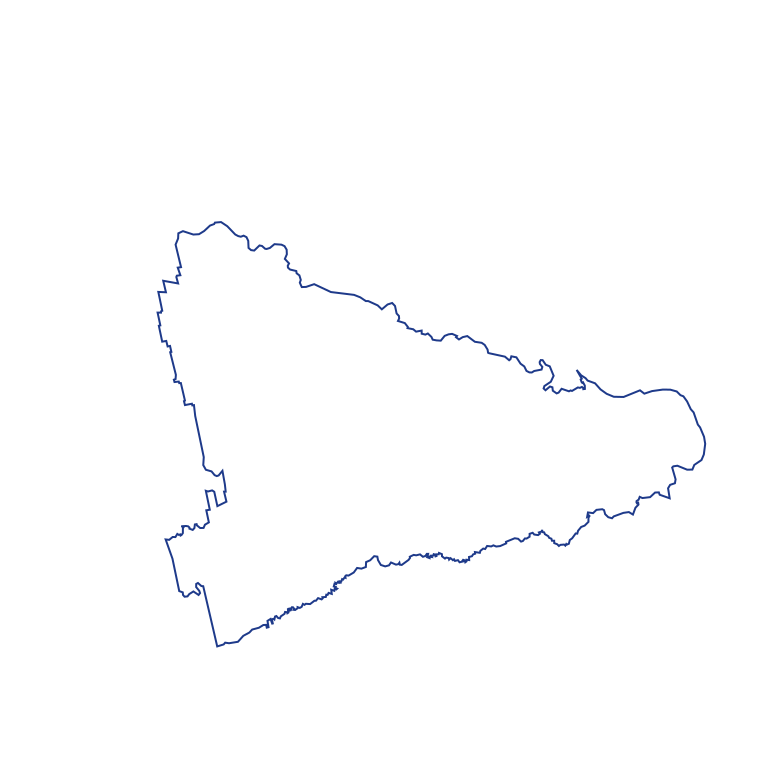 the district of Simoca, Tucumán, Argentina, rotated 336°
{"feature_id": "61730980B79833488690103", "entity_name": "Simoca", "entity_type": "district", "adm_level": 2, "iso_a3": "ARG", "parent_name": "Argentina", "parent_adm1": "Tucumán", "projection": "robinson", "projection_center": [-65.304, -27.381], "detail": "fine", "context": "isolated", "style": "outline", "palette": "blue", "viewbox_px": 768, "rotation_deg": 336, "n_neighbors": 0, "source": "geoboundaries", "source_scale": "gbopen_adm2", "svg_char_len": 6166}
<svg xmlns="http://www.w3.org/2000/svg" viewBox="0 0 768 768"><g transform="rotate(336 384 384)"><path d="M598.5,604.6L601.1,594.8L604.4,592.5L609.4,593.0L611.6,589.7L613.3,577.5L614.8,576.9L618.8,578.0L626.1,585.6L630.9,587.6L634.6,584.1L643.1,582.6L647.5,578.5L653.1,569.3L654.9,562.4L655.1,552.2L654.2,548.7L655.3,535.9L654.0,531.8L653.8,523.2L652.5,517.0L650.3,514.8L648.4,509.9L643.2,505.6L636.4,502.5L626.0,499.5L617.9,498.7L615.3,493.9L597.6,493.3L588.7,489.1L583.4,483.5L579.6,477.0L577.1,469.2L571.4,463.7L570.5,460.6L567.6,456.2L565.7,449.5L566.8,459.6L565.5,459.9L565.3,462.6L565.6,463.6L566.5,463.4L566.8,467.1L565.5,470.2L564.0,469.8L564.4,468.6L563.6,467.2L561.4,467.2L559.7,466.0L552.9,466.8L551.9,465.8L550.0,465.9L544.3,460.6L540.0,462.9L537.9,462.8L535.5,458.8L536.5,455.5L534.6,453.8L529.0,455.4L528.0,453.0L529.7,451.1L537.3,449.8L542.3,445.5L542.6,435.3L539.6,432.2L538.6,426.7L536.9,425.9L535.1,427.3L534.6,429.1L535.6,432.8L533.8,434.9L526.5,433.2L523.7,433.6L521.5,432.5L519.5,430.0L519.3,425.0L517.0,421.0L515.8,413.5L511.6,410.5L509.6,412.8L508.0,413.2L505.6,408.2L492.5,398.6L491.8,397.8L492.6,394.7L491.9,389.3L490.0,386.1L484.2,382.4L479.6,374.1L475.0,373.2L470.6,373.8L468.8,370.5L470.2,369.8L466.6,365.9L463.2,364.9L459.0,364.7L453.5,367.5L449.7,365.5L446.5,363.3L446.5,360.3L444.6,355.7L441.9,355.7L438.9,353.4L440.1,350.5L434.6,349.2L433.0,345.9L428.2,342.5L429.0,341.6L427.8,336.8L422.4,332.1L424.5,330.3L425.3,327.9L424.2,324.7L425.8,317.2L424.4,313.3L419.6,312.8L412.4,314.9L410.2,309.6L403.4,301.9L401.1,300.8L397.6,295.2L392.9,290.4L372.9,278.4L360.8,264.4L352.3,263.6L348.3,262.0L348.3,257.2L350.3,255.1L350.9,250.4L349.2,247.3L349.8,245.1L344.7,241.2L343.6,238.6L344.2,236.8L346.3,235.2L344.3,229.4L348.0,226.0L349.7,221.7L349.2,217.6L347.0,215.0L340.8,211.7L335.1,213.3L331.7,212.9L330.4,212.1L328.7,208.3L326.6,206.8L319.7,209.3L317.0,207.6L315.6,204.6L318.2,198.0L318.1,193.9L316.1,191.4L313.1,191.2L311.0,189.6L308.9,186.9L305.0,176.1L301.0,169.8L295.2,167.8L293.9,168.8L289.5,168.5L281.9,171.1L275.9,171.9L270.6,169.9L262.5,162.6L257.4,162.7L255.1,167.3L250.3,171.9L246.1,194.7L242.9,193.8L242.2,201.8L238.8,200.8L237.8,201.8L236.8,208.4L224.3,199.9L222.1,211.5L215.3,208.1L211.2,226.9L210.0,226.9L209.3,228.1L206.2,226.7L203.5,239.5L202.0,239.2L198.6,255.1L202.6,256.1L201.6,261.7L204.0,262.2L202.8,268.2L201.6,268.0L197.6,291.0L195.6,294.7L193.8,294.6L193.4,297.0L197.5,298.3L197.3,299.9L198.8,300.5L195.4,318.2L194.3,318.3L193.6,322.3L200.5,323.9L200.2,325.6L201.8,326.0L198.5,336.5L189.6,377.5L185.9,384.6L186.4,389.9L190.9,393.7L192.2,398.4L193.8,400.1L195.7,400.3L201.1,397.6L197.8,411.0L195.6,417.9L194.1,417.3L192.2,427.4L182.1,427.8L185.1,413.4L183.7,411.3L179.5,410.6L177.8,409.1L173.7,428.0L170.3,427.1L167.7,439.2L163.2,439.7L160.6,442.1L157.5,440.8L155.6,437.1L155.8,435.8L154.1,435.4L152.2,438.5L149.9,439.5L147.4,437.0L147.9,436.0L147.2,434.4L145.4,433.2L140.9,431.5L142.8,433.2L141.6,434.0L139.6,438.4L137.6,439.6L136.5,439.7L136.6,438.5L135.2,438.4L134.2,436.9L131.2,439.0L128.7,437.8L124.4,439.0L121.3,437.2L119.7,457.6L112.7,489.9L115.4,492.5L114.6,495.0L115.3,497.2L118.1,498.1L120.7,496.7L125.5,496.0L128.8,501.3L130.9,500.2L131.1,497.8L129.8,493.1L131.1,490.3L133.1,490.1L135.0,494.3L136.6,495.2L124.9,555.9L131.6,556.7L133.7,555.7L137.0,557.8L145.7,560.1L153.1,556.8L159.9,556.3L163.7,554.7L170.6,555.8L175.7,555.1L178.4,556.1L177.8,558.9L179.6,559.2L181.2,553.0L184.8,552.5L184.7,553.4L184.4,557.4L185.0,557.5L185.6,554.7L184.9,553.2L187.7,553.6L188.1,554.5L189.9,552.1L191.3,552.2L192.1,554.7L193.6,555.8L195.2,554.3L199.6,553.5L200.9,552.0L202.7,553.1L202.5,554.1L203.7,553.9L204.9,552.5L204.1,552.1L204.4,551.3L206.2,552.6L206.8,551.9L206.1,550.7L207.0,550.9L207.4,552.2L209.0,550.5L210.0,550.9L210.6,552.9L209.6,553.5L210.9,554.3L213.9,553.7L214.3,552.7L216.0,554.3L218.1,554.1L220.5,551.9L221.6,553.4L223.2,553.0L227.0,555.0L232.3,553.7L233.7,554.3L236.7,552.8L239.4,555.4L240.8,554.9L241.0,553.7L244.2,554.9L245.6,553.0L246.7,553.7L248.4,552.3L250.9,554.5L252.1,550.5L254.5,552.7L255.6,551.1L256.8,552.3L258.0,551.9L256.7,550.6L257.4,549.7L255.8,548.5L257.6,546.3L258.7,547.1L258.9,546.1L259.5,546.9L261.4,546.0L262.0,547.4L263.4,547.8L263.4,546.3L264.7,547.0L266.4,545.2L267.1,546.0L269.3,544.7L270.0,545.4L270.5,543.8L271.7,543.4L273.7,544.6L279.7,543.9L284.6,541.1L288.3,543.5L293.0,543.8L295.2,539.4L299.7,539.4L305.0,537.3L307.7,539.0L306.9,542.4L307.5,548.0L310.9,551.1L314.8,551.7L317.8,549.9L321.5,553.9L323.9,554.4L325.4,553.5L325.0,555.5L326.6,556.5L334.9,554.7L337.0,553.5L337.3,552.3L341.6,552.2L343.7,553.6L347.6,554.3L349.3,557.7L352.0,557.9L354.0,556.6L355.2,557.1L353.5,559.2L354.6,559.8L353.3,560.1L354.8,561.6L355.3,560.2L357.3,561.5L357.2,560.0L359.3,560.8L360.2,559.7L361.3,560.6L361.0,562.4L362.0,562.5L362.5,560.9L364.7,561.8L365.5,560.7L367.7,563.0L366.9,565.0L368.7,568.3L370.2,567.9L372.4,569.4L372.1,570.9L374.0,570.2L375.3,573.0L376.7,572.6L376.9,574.5L379.9,575.0L380.5,577.6L384.8,578.4L383.9,577.3L384.8,576.8L386.2,578.1L385.8,579.9L387.2,579.6L387.9,578.1L390.2,579.5L391.3,576.6L394.3,577.1L396.1,575.9L398.2,576.1L398.7,574.5L402.9,577.2L404.2,575.6L407.7,574.7L409.3,575.9L412.3,573.9L415.9,576.0L418.3,575.9L420.4,578.1L424.2,579.3L430.8,579.3L431.2,577.8L440.7,578.1L443.6,580.0L445.1,583.7L447.0,583.9L449.9,582.4L451.4,583.2L454.9,582.7L456.1,580.1L459.3,580.4L460.0,582.6L463.3,584.7L465.5,584.2L465.2,582.6L468.1,582.9L469.1,581.6L468.6,583.8L470.0,584.7L469.9,586.6L472.2,589.9L472.3,591.7L474.0,593.4L473.7,595.5L475.7,596.4L474.8,598.6L477.1,600.9L477.9,603.1L479.7,602.7L483.2,603.9L483.9,605.4L485.4,604.3L485.7,605.1L487.9,605.1L490.3,602.1L493.1,601.5L498.3,598.5L499.7,599.3L501.6,597.0L506.0,594.8L509.7,595.0L514.7,593.1L516.4,589.3L518.0,588.2L517.7,587.3L515.7,587.8L518.1,584.3L522.5,587.0L526.9,585.4L532.5,587.2L533.7,588.7L533.1,592.9L534.7,596.9L537.7,599.4L540.0,598.4L550.3,599.1L555.6,600.6L558.3,604.5L563.4,599.3L567.4,597.7L567.9,595.9L566.6,595.9L566.5,594.8L567.1,593.7L569.6,593.2L571.7,591.1L573.7,593.3L581.1,595.6L587.5,593.4L591.0,594.8L590.8,597.3L598.5,604.6Z" fill="none" stroke="#1e3a8a" stroke-width="2"/></g></svg>